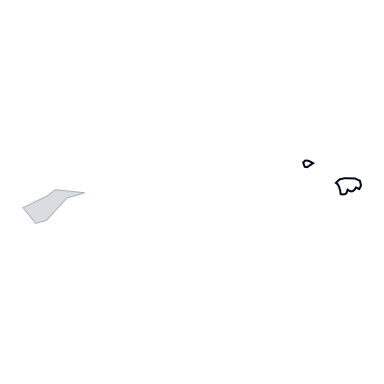 Manu's highlighted on a map of American Samoa
{"feature_id": "ASM-4999", "entity_name": "Manu's", "entity_type": "state/province", "adm_level": 1, "iso_a3": "ASM", "parent_name": "American Samoa", "parent_adm1": "", "projection": "equal_earth", "projection_center": [-169.541, -14.22], "detail": "fine", "context": "in_parent", "style": "outline", "palette": "ink", "viewbox_px": 384, "rotation_deg": 0, "n_neighbors": 0, "source": "natural_earth", "source_scale": "10m", "svg_char_len": 614}
<svg xmlns="http://www.w3.org/2000/svg" viewBox="0 0 384 384"><path d="M46.1,220.6L35.6,223.4L23.0,207.7L47.4,195.8L55.2,189.7L84.8,192.8L67.1,197.9L46.1,220.6Z" fill="#d9dde1" stroke="#a8b0b8" stroke-width="1"/><path d="M355.2,178.5L360.0,180.9L361.0,185.7L359.2,189.1L356.1,187.4L354.1,190.2L352.1,191.4L350.0,191.2L347.6,189.7L346.7,192.6L345.3,194.1L343.2,194.4L340.7,194.2L340.1,190.2L339.1,186.9L337.8,184.4L335.9,182.9L339.6,179.4L344.7,178.2L355.2,178.5ZM303.2,162.6L305.1,160.6L307.6,160.6L310.3,161.6L313.1,163.2L307.1,167.2L304.7,166.8L303.2,162.6Z" fill="none" stroke="#020617" stroke-width="2"/></svg>